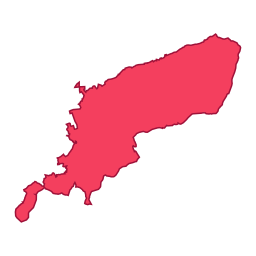 the district of Sieut, Bistrita-Nasaud, Romania
{"feature_id": "2599482B95088717010880", "entity_name": "Sieut", "entity_type": "district", "adm_level": 2, "iso_a3": "ROU", "parent_name": "Romania", "parent_adm1": "Bistrita-Nasaud", "projection": "mercator", "projection_center": [24.659, 46.986], "detail": "fine", "context": "isolated", "style": "filled", "palette": "rose", "viewbox_px": 256, "rotation_deg": 0, "n_neighbors": 0, "source": "geoboundaries", "source_scale": "gbopen_adm2", "svg_char_len": 5697}
<svg xmlns="http://www.w3.org/2000/svg" viewBox="0 0 256 256"><path d="M206.1,113.7L209.0,114.0L210.6,113.7L211.6,114.0L212.8,113.6L215.9,113.5L216.5,113.0L217.9,111.3L218.4,109.3L218.8,108.4L220.0,107.3L220.2,106.6L221.6,105.6L222.3,104.6L222.4,104.1L222.4,103.4L223.2,101.3L225.9,97.0L226.5,95.9L226.9,94.6L227.5,93.8L228.7,93.6L231.6,85.8L232.1,83.5L231.9,81.4L231.9,79.6L232.4,77.8L234.7,71.9L235.7,68.2L236.0,64.3L237.0,62.4L238.0,60.1L238.1,59.1L238.6,58.1L238.5,57.0L238.1,55.8L238.2,54.1L239.8,51.3L240.6,47.7L240.0,46.2L238.0,44.8L237.0,42.9L233.0,41.0L232.5,40.9L231.1,41.0L230.1,39.8L229.0,39.1L229.0,38.9L228.0,38.0L224.5,39.1L222.8,38.9L219.4,37.5L218.3,37.5L216.8,36.2L216.7,35.3L215.6,34.1L212.2,36.5L210.2,36.5L208.0,38.0L207.8,38.6L207.3,39.3L206.5,39.4L205.5,40.1L204.5,40.0L204.1,40.4L203.9,41.6L203.5,42.0L202.4,42.2L200.0,43.4L196.3,44.3L195.3,44.2L191.0,45.3L188.1,45.0L186.7,45.2L184.6,46.2L183.8,47.3L182.5,47.5L181.9,48.2L179.7,49.3L176.4,52.0L174.1,52.3L173.0,52.8L172.5,53.3L171.2,53.6L166.3,55.6L166.3,54.6L165.0,54.8L164.5,57.0L164.0,57.6L161.8,58.6L161.5,58.1L160.9,58.6L160.3,58.2L159.1,60.0L156.5,59.4L156.5,60.7L155.3,60.4L153.4,61.7L152.7,60.6L151.0,61.4L151.0,61.6L148.6,62.7L147.1,62.9L147.1,63.2L145.8,63.1L144.3,63.4L144.3,64.2L138.3,64.7L136.0,65.3L135.2,66.0L133.8,66.6L131.9,67.9L131.3,67.2L129.1,67.0L125.2,68.2L124.7,69.6L123.3,69.7L119.7,73.5L119.8,73.8L118.8,74.8L118.3,74.4L117.7,75.7L116.8,76.4L116.5,77.1L114.4,78.1L111.2,79.1L108.2,79.5L106.2,81.3L105.5,81.3L104.8,82.6L105.0,84.2L102.0,86.2L101.2,85.2L98.4,84.3L97.6,88.0L96.9,88.7L96.6,88.7L96.4,88.2L95.9,87.8L94.7,86.0L93.3,86.1L92.2,87.5L92.3,88.2L90.0,88.2L87.5,90.6L86.3,90.6L85.8,92.2L84.2,90.6L83.9,89.7L83.9,89.3L84.8,89.1L84.7,86.6L80.1,86.8L79.2,86.5L79.2,82.2L76.9,84.0L75.1,86.7L74.8,87.4L79.5,86.9L79.6,91.0L80.0,92.6L81.4,91.8L84.1,95.3L83.8,96.0L83.7,97.0L82.7,99.0L82.1,99.1L82.3,99.8L82.0,100.4L82.0,101.0L81.5,100.9L80.6,101.5L80.2,102.9L79.6,103.1L79.7,103.7L79.6,103.8L79.3,103.6L78.5,104.2L79.5,104.9L80.1,105.8L80.8,107.6L79.9,109.0L73.1,109.6L71.6,110.4L71.4,110.2L69.5,111.1L70.1,113.6L72.1,113.0L75.0,121.3L76.9,124.7L77.4,128.3L75.9,129.0L74.5,129.2L73.4,125.6L71.6,126.2L70.6,125.9L70.1,123.5L69.3,123.2L66.4,124.3L68.0,126.1L68.1,126.5L67.9,127.9L67.0,128.7L66.8,129.7L68.3,131.4L68.6,132.2L68.4,132.8L68.5,133.1L69.6,133.9L69.3,134.2L69.5,134.8L68.0,135.7L67.0,135.4L66.8,135.7L67.8,136.0L68.9,136.6L69.1,137.9L69.5,138.2L69.8,139.3L70.2,139.7L71.7,140.3L73.1,141.3L72.8,141.7L73.5,142.2L74.0,143.0L74.6,143.1L75.1,142.8L75.5,141.8L75.5,141.2L76.3,141.6L76.5,142.8L76.2,143.2L75.5,143.1L74.4,143.8L73.3,145.5L72.3,148.9L71.6,149.6L70.7,151.1L69.6,152.4L68.1,154.9L67.6,155.5L65.5,156.6L63.9,155.1L63.5,154.3L60.9,156.5L58.7,157.7L57.3,157.9L57.4,158.4L57.8,158.6L58.1,159.4L58.0,160.5L57.9,160.7L58.7,162.8L58.2,163.1L58.0,163.4L57.7,163.4L57.7,164.6L59.1,164.5L60.3,163.7L62.5,163.4L63.4,163.7L63.4,163.9L63.0,166.4L63.8,166.7L66.7,166.0L66.3,167.2L65.6,167.6L65.9,168.2L66.8,168.7L66.7,169.3L66.9,169.6L66.8,170.3L65.8,171.2L66.7,171.8L66.7,172.0L66.2,172.3L65.4,172.1L64.9,172.6L64.5,172.6L64.6,173.3L64.9,173.7L61.4,174.1L59.9,174.7L58.6,174.5L57.8,174.8L56.7,174.7L56.5,175.6L56.8,176.4L55.9,177.0L55.2,175.2L54.0,173.4L53.2,172.9L52.5,173.2L51.8,174.6L51.3,175.1L50.2,175.0L48.8,175.7L45.2,174.9L46.0,177.1L45.9,177.5L45.0,178.4L44.3,178.4L44.0,178.8L44.1,179.3L43.5,181.6L43.2,181.8L43.2,182.2L43.5,182.8L44.5,183.8L44.0,185.3L44.0,186.5L41.8,185.9L40.9,184.7L39.5,184.0L39.1,183.5L37.3,183.1L36.3,182.0L34.9,181.5L34.0,182.6L33.2,182.9L30.9,185.0L28.5,185.8L26.4,188.4L23.8,189.7L24.3,191.1L25.4,191.5L26.4,192.6L26.6,193.2L26.6,193.9L25.7,195.6L25.5,196.5L25.0,197.4L24.6,199.2L24.3,199.6L24.2,200.5L23.1,202.0L23.2,202.4L22.8,202.3L23.0,202.6L22.7,203.2L21.1,203.9L20.4,204.9L19.5,205.2L18.2,206.8L15.9,209.1L15.4,212.0L15.7,215.9L16.8,217.7L21.3,221.9L26.5,219.9L28.5,217.4L28.5,213.2L28.9,212.1L33.4,207.6L36.3,199.8L36.4,195.1L35.5,194.5L36.0,194.5L36.4,194.1L37.8,192.0L38.9,191.2L39.6,191.0L42.1,189.6L44.5,187.6L45.8,188.7L45.7,188.9L47.7,189.5L50.8,191.0L51.8,191.7L52.8,193.0L53.3,193.4L56.0,193.9L56.9,193.9L58.1,194.2L60.4,193.6L61.3,193.0L62.4,193.3L62.8,193.9L63.6,194.4L65.5,195.0L67.2,195.0L68.2,195.4L70.0,189.8L71.0,188.9L72.1,187.0L73.3,186.3L74.0,184.0L74.9,182.5L75.4,183.5L75.3,183.9L75.8,184.4L75.9,184.9L76.0,185.7L75.8,187.0L77.6,186.9L80.0,187.7L82.6,189.8L82.9,190.5L83.4,191.0L85.0,191.9L85.7,194.7L85.8,196.7L86.6,198.0L85.3,200.8L84.7,203.4L85.3,203.9L87.7,204.6L89.6,204.0L91.3,204.3L89.2,200.3L88.9,199.3L89.1,198.4L89.5,197.5L89.5,196.4L90.9,192.6L91.6,191.5L98.5,189.3L100.4,187.0L100.6,186.3L100.9,182.5L101.3,181.5L102.3,180.4L103.0,179.0L103.6,176.0L105.3,175.0L105.9,175.2L106.6,175.9L110.0,176.4L111.1,176.8L113.2,176.8L114.2,176.5L115.9,175.1L118.5,171.0L119.4,168.8L122.6,166.7L126.0,166.2L127.1,165.0L128.9,163.6L132.9,162.6L135.5,161.6L136.5,161.5L137.0,160.3L137.6,159.2L139.4,157.2L137.0,153.4L136.2,151.9L135.6,151.2L135.2,151.5L134.8,151.2L134.4,151.5L134.1,150.3L133.4,149.3L132.9,147.2L132.8,146.3L133.3,145.8L134.8,146.8L135.9,146.7L136.1,146.5L136.1,144.8L135.0,142.0L134.3,140.8L134.0,139.9L134.0,139.5L133.2,137.3L135.9,134.6L136.5,133.6L139.4,132.3L143.3,131.4L145.9,132.2L147.5,132.2L152.1,129.4L157.3,127.9L159.2,127.6L161.2,127.9L162.4,128.3L162.6,127.7L164.1,128.1L164.9,127.6L165.0,127.3L166.8,125.4L167.3,125.8L168.3,125.8L172.5,125.5L173.2,124.7L174.6,124.2L175.4,124.5L177.0,124.4L178.3,123.7L178.2,123.1L179.6,123.9L180.8,124.1L183.3,122.7L186.5,119.6L188.1,117.6L191.8,114.2L192.8,113.8L201.1,113.2L203.2,112.8L205.3,112.9L206.1,113.7Z" fill="#f43f5e" stroke="#9f1239" stroke-width="1.5"/></svg>